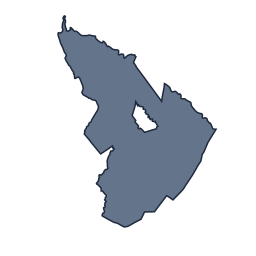 Zvishavane, Midlands, Zimbabwe (Robinson projection), rotated 191°
{"feature_id": "62879985B59782036697495", "entity_name": "Zvishavane", "entity_type": "district", "adm_level": 2, "iso_a3": "ZWE", "parent_name": "Zimbabwe", "parent_adm1": "Midlands", "projection": "robinson", "projection_center": [30.159, -20.28], "detail": "fine", "context": "isolated", "style": "filled", "palette": "slate", "viewbox_px": 256, "rotation_deg": 191, "n_neighbors": 0, "source": "geoboundaries", "source_scale": "gbopen_adm2", "svg_char_len": 5900}
<svg xmlns="http://www.w3.org/2000/svg" viewBox="0 0 256 256"><g transform="rotate(191 128 128)"><path d="M136.9,55.4L136.7,54.2L137.3,53.3L137.3,53.1L137.0,52.8L135.6,51.9L135.4,51.5L136.3,50.3L136.1,49.2L136.3,48.5L136.0,47.7L135.4,46.7L135.4,46.4L135.6,46.0L136.0,45.6L136.7,45.2L136.7,44.9L136.5,44.1L136.0,43.3L135.2,41.4L135.2,40.8L135.4,40.2L135.5,40.0L136.3,39.7L136.7,38.6L136.8,37.4L136.5,36.8L130.1,34.6L123.8,32.7L120.4,32.5L112.9,30.1L109.4,31.4L101.5,38.1L101.3,38.1L97.7,41.1L97.4,42.7L96.8,44.5L96.0,47.9L95.6,48.8L86.1,50.8L77.1,69.0L73.9,67.7L70.1,66.0L66.3,71.9L64.2,75.0L62.0,78.7L60.2,83.4L55.9,93.7L53.1,101.6L52.6,103.5L50.2,109.3L50.1,109.7L50.1,116.4L49.4,117.7L48.9,119.1L46.7,129.3L41.3,143.6L42.5,143.4L44.3,143.3L45.1,144.1L46.4,146.2L48.0,148.4L48.3,148.5L49.1,148.4L49.3,148.4L49.8,149.1L50.4,149.7L51.2,150.0L51.5,150.5L51.9,151.6L52.5,152.4L53.3,152.7L54.3,152.7L54.5,152.7L55.7,152.1L56.2,152.1L56.9,152.2L57.2,153.0L57.2,154.0L57.4,154.8L57.8,155.5L58.4,156.1L59.3,156.1L60.5,156.0L63.2,156.6L66.2,158.4L66.4,158.9L68.4,160.3L70.1,162.1L71.1,164.8L71.5,165.2L73.1,165.7L75.5,166.3L76.6,166.8L77.4,167.4L78.1,167.4L79.9,167.1L80.8,167.1L81.6,167.3L81.9,167.9L82.0,169.5L82.4,170.4L83.0,171.0L83.7,171.4L84.1,171.2L84.4,170.8L84.8,170.8L85.2,170.9L86.1,171.7L87.0,172.4L88.4,172.9L89.0,173.0L90.5,172.2L91.2,172.0L92.3,172.2L92.6,172.4L94.6,175.5L95.2,176.0L95.9,176.5L98.5,177.8L99.8,178.4L100.7,178.6L100.3,174.9L100.3,165.0L100.1,160.6L124.8,183.4L126.7,185.1L128.2,186.5L129.7,187.8L132.0,190.0L131.9,190.2L132.1,190.5L133.1,191.4L134.2,192.6L134.5,192.6L135.0,193.1L134.9,194.5L133.8,199.5L134.7,200.0L135.1,200.8L135.4,201.1L136.9,200.6L137.7,200.7L138.5,201.0L138.8,201.0L141.4,199.7L143.1,198.1L144.3,196.2L144.8,195.8L145.4,196.1L145.9,198.0L146.6,199.3L147.1,199.5L148.7,199.3L150.6,198.1L151.3,198.2L151.6,199.7L151.8,201.8L153.0,202.7L155.5,202.4L157.9,202.3L161.1,204.0L162.8,204.6L163.6,204.0L164.0,204.2L165.8,206.3L167.3,207.7L168.1,208.2L168.9,208.4L169.0,208.1L169.2,207.5L169.5,206.9L169.9,206.6L171.9,207.1L174.4,208.2L176.8,209.9L177.2,210.6L177.3,211.6L177.6,211.9L178.5,212.0L179.8,211.7L182.6,211.9L183.9,211.8L185.9,210.9L189.5,210.1L191.6,210.0L193.4,211.0L194.9,212.0L196.9,213.0L197.8,213.1L198.6,212.7L199.0,212.7L199.9,213.3L200.4,213.5L200.7,214.1L201.1,214.2L202.5,215.3L203.4,215.7L203.8,215.5L203.8,215.1L203.4,214.5L203.1,213.8L203.3,213.4L204.0,213.0L204.5,212.1L205.3,211.8L206.2,211.6L206.7,211.6L207.1,211.9L207.2,212.8L207.4,213.4L208.6,214.9L208.9,216.2L209.7,217.6L209.8,218.7L209.6,219.5L209.6,220.5L210.3,222.4L211.1,223.1L211.3,223.5L211.2,224.1L210.8,224.7L210.7,225.3L211.0,225.8L211.8,225.9L212.2,225.5L212.8,223.7L212.1,222.2L211.9,222.1L211.8,221.4L211.7,220.2L212.1,219.1L212.2,217.8L212.0,215.8L211.7,213.9L210.6,211.9L210.7,210.8L210.9,210.2L211.4,209.1L212.5,208.3L214.4,208.3L214.7,207.5L214.6,206.5L214.0,205.1L212.0,201.6L210.4,198.4L207.4,194.4L204.8,190.2L204.5,190.1L204.2,189.6L203.3,188.8L202.6,187.9L202.3,187.0L203.1,185.1L202.9,184.1L201.5,182.2L199.1,179.5L198.2,178.3L197.7,178.1L197.2,178.1L193.6,173.7L192.7,173.1L192.1,172.2L191.8,170.9L191.3,170.5L190.8,169.8L189.8,166.6L189.3,166.5L188.9,166.7L187.9,167.7L186.5,168.5L186.1,168.6L184.6,167.2L180.6,161.0L180.1,159.6L179.5,158.6L179.5,156.8L179.9,155.3L180.0,153.9L179.6,153.3L179.3,153.2L178.4,152.1L172.8,150.2L171.8,149.7L170.6,149.9L169.9,149.4L168.6,148.9L165.5,148.9L164.7,148.5L163.7,147.4L162.7,145.7L161.3,143.8L161.1,143.6L161.0,142.4L161.2,139.9L165.2,129.0L165.3,127.8L165.5,127.0L165.8,126.6L166.9,125.8L167.0,125.5L167.0,124.9L167.5,123.8L167.2,123.1L167.4,122.7L168.0,122.0L168.6,121.7L168.8,121.5L168.9,121.1L168.8,120.4L168.9,119.8L170.0,117.4L170.0,116.6L169.5,115.9L169.7,115.2L169.8,114.3L169.6,113.6L169.4,113.5L162.5,107.9L162.4,107.6L149.9,97.3L143.0,104.1L140.2,107.2L139.7,107.4L139.5,106.8L139.4,105.9L139.0,105.4L138.1,105.4L137.7,105.2L137.7,104.7L138.3,103.8L138.5,102.9L138.8,102.6L139.5,102.2L140.4,102.2L140.6,101.9L140.6,100.9L140.8,100.5L140.9,99.4L140.8,99.1L140.7,98.5L141.6,96.7L142.2,92.6L142.2,91.7L142.0,91.2L141.9,90.5L141.6,89.4L141.2,88.5L141.1,86.9L140.5,85.5L140.2,84.9L140.1,84.5L141.0,83.3L141.3,83.1L141.7,83.1L142.2,82.9L142.6,82.3L143.2,81.3L143.3,80.3L143.5,79.3L144.5,78.0L144.5,77.4L144.7,77.0L145.0,76.8L145.5,76.6L146.8,76.8L147.1,76.7L147.3,76.4L147.4,75.9L147.3,75.3L146.7,73.9L146.8,73.6L147.0,73.2L147.1,72.5L146.8,71.5L147.2,70.5L147.2,70.0L147.5,68.9L148.2,68.3L148.4,67.7L148.1,67.1L146.8,66.6L144.6,65.0L144.1,64.8L143.2,64.0L143.0,63.7L142.6,62.4L142.5,61.5L142.3,61.0L141.7,61.2L140.7,61.1L140.0,60.4L139.7,60.0L139.2,59.8L138.4,59.0L136.7,58.0L136.3,56.6L136.4,56.1L136.8,55.4L136.9,55.4ZM102.7,131.3L110.9,126.9L114.5,129.5L114.8,129.6L115.3,129.6L115.4,130.0L115.6,130.1L115.8,130.1L115.8,129.9L116.0,129.8L116.2,130.0L116.4,130.0L117.5,129.3L118.1,130.1L118.2,130.4L118.3,131.1L118.1,131.6L118.1,132.1L122.4,135.4L121.8,136.9L126.3,141.0L125.5,148.1L125.3,150.7L125.4,155.4L124.7,154.6L124.0,154.3L123.8,153.4L123.7,152.8L122.7,151.7L122.5,152.0L122.5,152.7L122.1,152.8L121.3,151.7L120.8,151.5L119.7,151.4L118.7,151.7L117.0,151.3L116.6,150.8L116.8,149.8L116.7,149.4L116.4,149.3L116.1,149.5L115.6,149.5L115.1,149.2L114.5,149.1L113.9,148.5L113.8,148.1L113.9,147.3L114.2,146.9L114.2,146.7L114.0,146.4L113.1,145.9L113.0,145.3L112.8,145.1L112.5,145.3L111.9,145.3L111.2,145.0L110.6,144.6L110.6,144.1L110.5,143.9L109.8,143.8L109.4,143.3L109.5,143.0L109.9,143.0L110.4,142.7L110.4,142.4L110.2,142.2L109.1,142.3L108.7,141.5L108.0,140.8L107.7,140.6L107.4,141.1L107.2,141.2L106.5,141.4L106.0,141.3L105.9,141.5L105.7,141.5L105.7,139.7L105.5,139.4L105.3,139.3L104.8,139.3L104.5,139.4L103.3,139.1L102.7,139.7L102.1,139.0L101.9,138.5L99.0,135.4L99.9,134.6L100.0,134.2L100.0,133.7L100.1,132.6L100.3,132.4L101.1,132.1L102.7,131.3Z" fill="#64748b" stroke="#1e293b" stroke-width="1.5"/></g></svg>